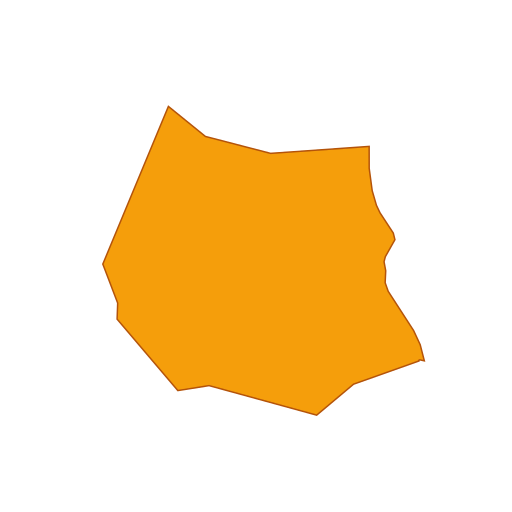 an SVG outline of Al Batnah South, rotated 61°
{"feature_id": "OMN-5497", "entity_name": "Al Batnah South", "entity_type": "Region", "adm_level": 1, "iso_a3": "OMN", "parent_name": "Oman", "parent_adm1": "", "projection": "equal_earth", "projection_center": [57.783, 23.513], "detail": "fine", "context": "isolated", "style": "filled", "palette": "amber", "viewbox_px": 512, "rotation_deg": 61, "n_neighbors": 0, "source": "natural_earth", "source_scale": "10m", "svg_char_len": 517}
<svg xmlns="http://www.w3.org/2000/svg" viewBox="0 0 512 512"><g transform="rotate(61 256 256)"><path d="M215.0,103.9L234.2,114.5L255.2,122.7L270.1,126.1L278.3,126.6L302.5,124.8L309.1,126.6L319.3,143.2L323.1,146.8L331.8,149.7L342.0,156.0L351.0,157.5L397.6,154.3L413.2,155.4L429.3,159.6L426.2,163.1L426.2,164.2L426.8,164.4L415.4,232.8L424.6,280.1L346.6,359.9L335.8,389.6L243.9,408.1L230.1,399.8L188.8,393.9L82.7,260.1L126.9,242.3L173.3,193.5L215.0,103.9Z" fill="#f59e0b" stroke="#b45309" stroke-width="1.5"/></g></svg>